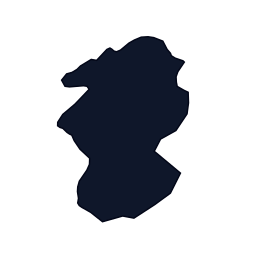 map outline of Skrundas (Equal Earth projection), rotated 147°
{"feature_id": "LVA-5712", "entity_name": "Skrundas", "entity_type": "Municipality", "adm_level": 1, "iso_a3": "LVA", "parent_name": "Latvia", "parent_adm1": "", "projection": "equal_earth", "projection_center": [21.983, 56.664], "detail": "fine", "context": "isolated", "style": "filled", "palette": "ink", "viewbox_px": 256, "rotation_deg": 147, "n_neighbors": 0, "source": "natural_earth", "source_scale": "10m", "svg_char_len": 971}
<svg xmlns="http://www.w3.org/2000/svg" viewBox="0 0 256 256"><g transform="rotate(147 128 128)"><path d="M80.9,198.7L74.7,198.3L67.5,197.0L61.5,193.6L57.2,189.8L51.5,181.9L52.4,172.6L51.7,167.6L52.3,165.0L50.4,160.9L45.3,154.4L44.9,152.6L55.5,148.1L59.8,144.8L62.5,140.1L64.1,136.1L60.4,128.9L58.1,125.2L63.6,116.1L70.8,107.7L89.2,99.8L106.7,101.0L118.7,94.2L108.6,61.6L127.9,50.3L147.3,49.2L172.1,49.2L180.4,57.1L200.4,63.3L205.2,77.6L209.8,86.4L211.1,89.5L211.0,92.5L207.8,96.0L205.0,102.2L202.2,106.0L197.8,109.9L185.5,115.0L180.1,118.5L176.6,123.5L179.8,136.4L180.0,146.7L179.0,152.7L180.3,154.7L181.5,157.5L182.8,163.2L184.7,165.5L185.8,168.2L183.8,171.1L175.3,174.9L159.4,176.9L139.5,181.6L139.6,185.3L142.3,187.7L154.7,194.4L158.1,197.3L157.6,204.3L150.0,206.8L144.7,205.1L138.8,204.9L134.1,205.9L121.5,205.5L117.5,201.8L102.9,205.4L99.6,204.9L98.6,202.8L97.9,200.2L96.2,198.2L91.9,197.4L80.9,198.7Z" fill="#0f172a" stroke="#020617" stroke-width="1.5"/></g></svg>